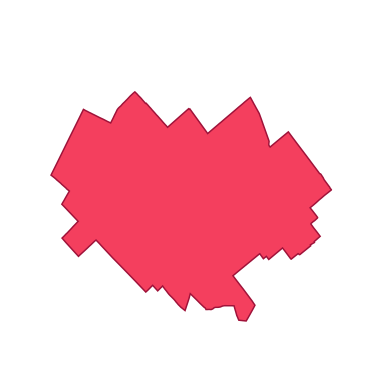 Vlad Tepes, Calarasi, Romania, rotated 295°
{"feature_id": "2599482B30900908751152", "entity_name": "Vlad Tepes", "entity_type": "district", "adm_level": 2, "iso_a3": "ROU", "parent_name": "Romania", "parent_adm1": "Calarasi", "projection": "equal_earth", "projection_center": [27.074, 44.378], "detail": "fine", "context": "isolated", "style": "filled", "palette": "rose", "viewbox_px": 384, "rotation_deg": 295, "n_neighbors": 0, "source": "geoboundaries", "source_scale": "gbopen_adm2", "svg_char_len": 3808}
<svg xmlns="http://www.w3.org/2000/svg" viewBox="0 0 384 384"><g transform="rotate(295 192 192)"><path d="M126.7,277.4L128.8,273.3L131.1,268.9L133.4,264.5L139.6,267.4L151.5,273.1L164.4,279.3L164.6,279.4L164.7,279.5L161.7,284.9L165.1,286.6L163.3,290.1L179.5,297.7L178.1,300.5L174.4,307.4L173.1,309.8L173.1,310.0L173.1,310.3L180.8,314.1L181.0,314.3L181.0,314.5L180.7,315.4L180.6,315.7L180.7,316.0L181.0,316.3L183.1,317.3L193.4,322.3L194.1,321.6L198.0,324.3L198.7,323.7L206.0,326.9L208.5,322.2L210.8,317.6L213.1,313.5L213.3,313.3L213.5,313.2L213.9,313.2L215.1,313.8L216.5,314.4L217.6,315.1L218.5,315.5L221.2,316.6L221.6,316.7L221.8,316.7L222.0,316.6L223.7,313.5L225.0,310.9L226.1,308.8L227.6,305.7L232.3,307.9L234.7,309.0L238.6,310.6L241.3,311.9L244.7,313.4L252.7,317.4L252.8,317.4L253.0,317.3L253.9,315.4L254.2,315.1L254.4,315.0L255.3,313.3L259.0,306.5L259.4,306.0L259.9,305.4L260.4,304.8L262.5,301.4L262.7,300.9L262.7,300.7L262.6,300.0L262.6,299.9L272.6,281.3L280.8,265.8L284.5,258.9L287.2,253.9L278.0,249.5L270.1,245.8L265.8,243.8L266.2,243.0L266.5,242.4L267.2,241.7L268.0,241.3L270.4,240.5L270.8,240.2L276.6,234.5L283.3,227.9L286.6,224.7L291.6,219.7L295.5,214.3L297.0,212.3L298.2,210.6L299.5,208.9L301.1,206.7L301.8,205.8L302.4,204.9L301.5,204.4L295.6,201.6L293.7,200.8L290.7,199.4L288.6,198.4L285.0,196.8L281.1,195.0L277.8,193.5L276.1,192.7L272.4,191.0L270.6,190.2L267.5,188.8L265.7,187.9L263.2,186.8L260.6,185.6L259.3,185.0L251.6,181.5L266.4,154.9L265.6,154.5L266.0,153.7L240.3,142.5L240.5,142.1L241.0,141.1L241.6,139.6L242.0,138.6L242.6,137.2L243.2,135.8L244.1,133.9L244.9,132.0L245.6,130.4L246.3,128.8L247.0,126.9L247.8,125.2L248.7,123.1L249.5,121.2L250.4,119.3L251.2,117.3L251.9,115.8L252.3,114.9L252.8,113.6L253.1,112.9L252.6,112.4L252.9,111.9L253.2,111.2L254.6,108.0L255.3,106.6L255.8,105.3L256.3,104.0L256.6,103.0L257.5,101.0L257.9,99.9L258.2,99.0L258.4,98.4L258.6,98.0L258.6,97.9L256.7,97.0L254.7,96.2L252.7,95.4L248.6,94.1L246.7,93.4L245.5,93.0L242.7,91.9L239.9,91.1L238.8,90.6L237.6,90.1L236.7,89.8L235.4,89.5L234.5,89.4L233.5,89.4L232.2,89.4L229.1,89.3L225.7,89.3L222.5,89.2L220.2,89.1L220.2,85.4L220.3,83.2L220.4,81.0L220.4,78.9L220.4,76.4L220.5,73.4L220.6,70.1L220.6,69.2L220.7,66.8L220.7,64.5L220.8,63.4L220.8,62.5L220.8,62.0L220.9,60.1L221.0,59.2L221.0,58.9L221.0,58.7L218.9,58.7L216.2,58.6L214.8,58.6L214.5,58.6L201.2,58.3L188.9,58.0L164.2,57.5L147.7,57.1L146.9,60.7L146.4,62.6L145.8,64.3L144.4,69.5L144.0,70.4L142.3,76.2L141.9,76.9L141.9,77.0L141.0,80.5L136.7,80.1L133.2,79.8L130.3,79.6L128.3,79.4L127.3,79.3L125.9,79.2L124.7,82.4L120.8,92.3L118.2,98.9L117.3,101.2L116.4,100.9L115.2,100.5L112.5,99.6L110.2,98.8L108.2,98.2L105.2,97.2L102.1,96.2L101.0,95.7L97.4,94.5L95.9,93.9L95.3,93.7L92.8,99.3L87.4,112.2L86.3,114.9L85.7,116.3L87.5,117.0L89.7,117.9L92.8,119.2L94.8,120.0L97.0,120.9L99.4,121.8L101.0,122.5L103.3,123.4L105.9,124.4L107.9,125.3L106.1,130.0L105.2,132.1L103.7,135.8L101.6,141.0L99.1,147.2L98.7,148.2L95.9,155.7L91.4,167.6L88.5,175.2L81.8,192.4L84.4,193.5L87.8,194.7L88.7,195.0L90.8,195.8L87.9,202.7L94.4,205.1L94.0,205.7L93.7,206.3L92.6,208.3L91.4,210.8L90.4,212.6L89.5,214.4L88.8,216.2L88.2,218.0L87.6,219.6L87.0,221.2L86.3,222.7L85.4,224.4L84.9,225.6L84.2,227.0L83.6,228.7L82.9,230.5L82.2,233.4L81.6,235.8L83.5,235.6L94.2,234.3L99.1,233.4L98.7,234.7L95.9,242.6L94.5,246.3L93.1,250.4L92.7,251.6L92.6,252.2L92.4,253.2L91.4,254.4L92.0,255.6L92.9,257.3L93.5,259.0L94.8,260.2L96.6,261.1L97.4,262.0L98.4,264.2L99.8,266.3L101.6,267.9L102.8,269.7L103.9,272.2L105.6,275.8L106.6,278.2L104.5,280.0L101.8,282.4L99.1,284.7L95.6,288.6L96.2,290.4L98.0,295.6L100.9,295.9L104.5,296.2L108.7,296.5L110.2,296.6L111.5,296.7L113.3,296.8L115.8,296.9L116.0,296.9L116.3,296.4L117.3,294.7L118.6,292.6L125.8,279.2L126.5,277.8L126.7,277.4Z" fill="#f43f5e" stroke="#9f1239" stroke-width="1.5"/></g></svg>